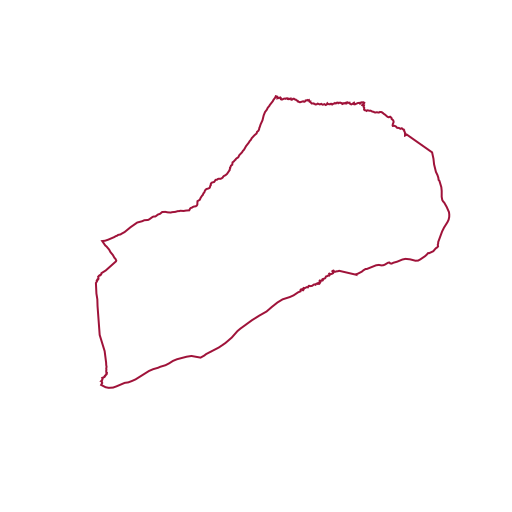 the district of Liwale, Lindi, United Republic of Tanzania, rotated 230°
{"feature_id": "72390352B80391364217442", "entity_name": "Liwale", "entity_type": "district", "adm_level": 2, "iso_a3": "TZA", "parent_name": "United Republic of Tanzania", "parent_adm1": "Lindi", "projection": "equal_earth", "projection_center": [38.174, -9.186], "detail": "fine", "context": "isolated", "style": "outline", "palette": "rose", "viewbox_px": 512, "rotation_deg": 230, "n_neighbors": 0, "source": "geoboundaries", "source_scale": "gbopen_adm2", "svg_char_len": 6106}
<svg xmlns="http://www.w3.org/2000/svg" viewBox="0 0 512 512"><g transform="rotate(230 256 256)"><path d="M366.3,147.8L361.0,147.3L359.3,147.6L355.3,147.6L352.5,147.0L348.8,147.0L345.7,146.4L344.2,146.5L342.3,146.0L341.9,145.3L341.5,131.6L342.2,126.6L341.5,125.7L341.6,124.8L341.3,124.7L341.3,124.3L341.6,124.2L341.8,123.7L341.8,122.8L341.5,122.4L341.6,121.8L340.1,120.9L340.0,119.4L339.7,119.3L339.6,118.9L339.4,119.1L339.3,118.5L338.9,118.1L338.2,116.0L329.8,109.6L324.8,106.6L319.6,102.5L296.0,85.5L280.4,78.9L270.6,72.6L268.8,71.2L267.2,70.3L266.0,68.9L264.9,68.2L264.3,67.4L263.7,67.0L262.8,66.4L262.4,66.7L261.7,66.0L261.7,65.3L261.4,65.2L261.4,63.3L261.3,63.0L261.0,63.2L260.7,62.1L261.4,60.1L261.1,60.1L260.8,59.5L260.6,59.6L259.9,58.5L259.7,57.1L259.2,57.5L258.5,56.8L257.6,56.6L256.8,54.5L252.2,56.4L249.7,58.4L247.1,61.9L245.9,65.1L243.2,73.9L241.3,76.9L240.0,80.6L238.9,84.4L236.7,100.2L235.4,104.5L233.3,109.2L232.7,111.4L230.5,116.5L229.6,120.5L229.0,125.0L227.7,129.1L223.4,138.2L220.9,142.3L213.8,148.2L213.0,152.3L212.9,154.9L209.8,168.7L209.0,176.6L209.1,185.0L210.4,193.5L210.4,197.5L209.4,211.8L208.2,220.3L206.7,228.4L206.8,235.5L206.6,242.6L205.7,248.5L202.8,255.6L201.7,259.5L201.1,265.0L200.3,267.4L201.3,268.2L201.5,268.6L201.5,269.0L201.0,269.9L200.0,269.7L199.5,270.0L199.7,270.9L200.8,271.3L200.9,272.0L200.1,272.5L199.5,274.9L198.6,275.6L199.2,277.1L199.1,277.5L198.2,278.0L197.4,279.2L197.0,280.1L197.0,281.7L196.6,282.6L195.7,283.1L196.0,284.0L195.6,285.6L195.5,285.8L194.9,285.5L194.7,285.9L194.1,286.3L194.0,286.6L194.1,287.0L194.9,287.3L195.0,287.6L194.5,288.1L194.6,288.4L195.2,288.1L196.1,288.7L196.2,289.1L195.3,289.5L195.2,290.6L194.5,291.1L194.4,291.5L194.6,291.8L195.3,291.8L195.5,292.1L194.6,294.2L194.6,295.0L195.2,296.1L195.3,296.6L194.7,297.8L194.7,298.7L193.9,299.5L194.1,300.1L195.4,300.7L195.3,301.0L194.2,301.2L193.5,302.9L193.3,304.1L193.6,304.5L195.3,304.7L195.4,305.0L195.0,306.0L194.4,306.0L194.0,305.6L193.2,306.2L192.7,307.2L192.6,307.7L191.7,308.9L191.2,310.2L177.9,320.2L178.1,320.2L177.1,322.2L176.0,326.9L176.0,329.1L175.6,331.6L174.8,332.6L171.7,342.0L170.2,344.4L168.1,346.1L167.1,347.6L166.6,349.0L166.0,352.7L165.4,353.9L164.0,354.1L163.0,355.0L162.5,357.0L160.9,360.5L159.2,365.9L157.7,368.7L154.4,371.9L149.9,375.1L148.3,377.2L147.8,379.6L147.2,385.4L147.3,387.6L147.6,389.8L146.9,390.4L145.7,394.9L146.2,397.8L146.3,399.2L146.1,400.4L146.4,401.7L147.7,402.4L148.5,403.6L149.6,404.6L155.2,414.4L156.9,418.3L158.9,424.5L160.0,426.9L161.7,429.1L163.4,430.6L165.5,432.0L171.0,433.6L175.9,434.5L177.6,434.4L179.2,434.7L182.0,436.3L186.5,440.1L189.6,442.2L195.6,444.8L196.9,444.8L198.8,446.0L201.3,447.0L204.8,447.9L211.7,451.3L216.5,454.5L222.2,457.5L251.9,449.6L252.5,447.6L253.3,448.3L253.4,449.1L253.9,449.2L254.3,449.0L255.2,449.6L256.7,449.9L257.1,450.4L257.9,450.5L258.7,449.9L259.9,449.9L260.3,449.6L260.5,448.5L260.8,448.3L261.8,448.0L262.7,447.4L263.3,446.6L263.9,446.4L265.0,446.5L266.7,445.8L267.7,444.4L268.1,444.5L269.1,445.6L270.2,447.6L271.2,448.1L271.8,448.3L273.8,448.0L274.5,448.5L276.2,448.4L276.5,448.3L276.9,446.9L278.1,446.2L281.4,445.7L283.0,445.2L283.8,445.2L284.3,444.9L285.4,444.8L286.7,443.5L286.9,442.3L288.5,440.9L289.3,439.5L290.1,439.0L290.8,438.8L291.9,437.9L293.7,437.2L294.3,436.3L295.9,435.1L296.1,433.9L296.9,433.8L297.9,432.9L298.7,432.9L300.0,434.2L301.2,434.3L301.9,435.5L303.0,434.6L303.1,434.9L303.3,434.8L303.4,436.4L303.7,437.4L304.6,437.2L306.1,435.3L306.1,434.9L305.7,434.2L305.8,433.6L306.9,433.6L307.7,432.4L308.6,429.2L309.1,428.8L309.5,429.3L310.4,429.6L310.6,427.4L310.9,426.4L312.5,425.8L313.3,426.2L313.7,425.4L314.8,424.9L314.6,423.4L315.3,422.6L315.7,423.2L316.2,422.0L316.8,421.3L316.7,420.2L316.9,419.8L318.0,420.0L318.5,419.4L319.1,419.3L319.7,418.6L320.1,417.3L320.7,417.4L321.4,416.7L321.5,415.2L322.5,414.8L322.5,413.9L322.9,413.3L323.1,411.7L324.0,411.7L324.7,410.8L324.6,410.3L324.7,410.1L326.2,408.8L327.1,408.8L326.6,407.4L326.9,406.4L328.3,406.1L328.9,404.6L329.2,404.2L330.6,403.8L331.1,402.3L333.1,401.2L333.2,400.0L333.8,399.0L334.1,398.8L335.0,398.7L335.4,398.2L336.1,398.0L337.0,396.7L339.0,396.6L339.4,396.4L339.6,396.8L339.9,396.5L340.5,396.3L341.5,396.8L341.8,395.9L342.3,395.7L342.2,395.3L343.0,394.6L343.3,393.9L342.9,393.3L343.0,392.3L343.6,391.7L344.2,391.6L345.5,388.5L347.4,387.4L347.7,387.7L348.3,387.6L349.1,387.1L350.2,387.0L350.7,386.5L352.2,386.1L352.6,385.4L352.5,384.4L352.8,383.7L353.0,383.5L354.3,383.9L354.7,382.5L355.2,381.8L355.6,382.0L356.0,381.2L356.6,381.4L357.3,380.5L357.4,379.7L358.0,379.4L358.6,378.4L359.0,376.8L359.4,376.6L359.5,376.1L360.1,375.8L361.2,376.6L361.9,376.5L362.1,375.5L363.0,373.8L363.5,374.5L363.9,374.3L364.4,374.7L365.7,373.9L365.0,372.5L364.3,369.5L363.8,368.4L362.8,363.6L362.4,362.7L362.0,360.3L361.1,358.3L360.5,355.5L358.8,352.3L355.8,348.2L353.8,344.0L352.4,341.8L352.0,340.9L351.0,339.7L350.4,338.3L350.4,336.6L349.5,335.2L349.5,332.5L349.0,328.4L348.3,326.8L348.1,325.1L347.4,323.0L346.6,319.1L345.1,315.1L345.0,313.7L344.4,311.9L344.0,308.1L343.0,305.8L343.3,303.9L343.2,302.7L342.9,302.1L343.0,301.4L342.7,299.8L342.8,298.2L341.2,296.5L341.3,294.9L340.5,293.6L340.4,292.9L339.7,292.5L339.3,291.5L338.8,291.2L337.5,286.5L337.5,284.5L337.9,283.0L337.9,282.0L337.5,280.9L337.6,279.5L338.0,278.3L339.1,277.2L339.5,276.3L339.5,275.2L340.3,274.0L339.6,271.6L340.6,269.3L340.5,268.1L340.2,267.6L339.4,267.1L339.4,266.5L338.3,264.9L338.0,264.0L338.6,262.2L339.2,261.1L339.0,259.1L337.9,257.2L337.8,255.9L337.0,254.7L336.9,253.5L336.2,251.1L335.2,249.1L335.6,246.4L333.1,244.1L332.7,243.1L332.8,241.8L333.8,240.2L334.2,238.9L334.2,238.1L334.7,236.9L334.7,236.1L333.9,234.2L335.8,231.6L337.0,229.5L339.3,227.1L339.7,226.1L340.6,225.0L341.7,222.5L343.5,219.9L344.1,218.6L346.2,216.4L348.1,214.9L350.0,212.4L350.0,209.6L350.8,207.5L350.9,205.0L351.0,204.3L352.1,202.8L352.4,201.9L352.7,197.8L353.0,196.5L355.2,193.4L355.8,191.2L358.0,186.5L358.7,178.4L358.8,170.7L359.5,167.2L359.6,166.1L360.8,163.9L360.8,162.8L361.4,161.1L361.6,159.6L363.5,153.3L364.7,150.2L366.3,147.8Z" fill="none" stroke="#9f1239" stroke-width="2"/></g></svg>